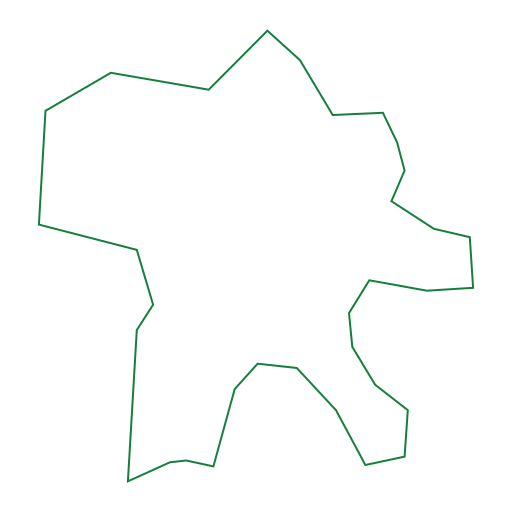 the border of Szeged
{"feature_id": "HUN-4916", "entity_name": "Szeged", "entity_type": "Urban county", "adm_level": 1, "iso_a3": "HUN", "parent_name": "Hungary", "parent_adm1": "", "projection": "equal_earth", "projection_center": [20.159, 46.25], "detail": "fine", "context": "isolated", "style": "outline", "palette": "green", "viewbox_px": 512, "rotation_deg": 0, "n_neighbors": 0, "source": "natural_earth", "source_scale": "10m", "svg_char_len": 529}
<svg xmlns="http://www.w3.org/2000/svg" viewBox="0 0 512 512"><path d="M213.4,466.4L186.2,460.5L169.9,462.3L127.9,481.3L136.8,330.0L153.1,304.7L136.8,249.9L38.9,224.6L45.5,110.8L110.8,72.8L208.7,89.7L267.4,30.7L300.0,60.2L332.7,115.0L382.9,112.8L397.1,142.4L404.6,170.6L391.4,201.2L433.9,228.8L469.8,237.2L473.1,287.8L426.9,290.7L369.3,280.3L349.0,313.1L352.3,346.9L375.2,384.8L407.8,410.2L404.6,456.6L365.4,465.0L336.0,410.2L296.8,368.0L257.6,363.7L234.7,389.1L213.4,466.4Z" fill="none" stroke="#15803d" stroke-width="2"/></svg>